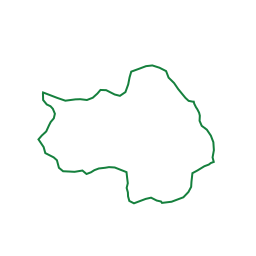 Songgan, Chagang-do, North Korea (Albers equal-area conic projection), rotated 207°
{"feature_id": "82179303B82902527088629", "entity_name": "Songgan", "entity_type": "district", "adm_level": 2, "iso_a3": "PRK", "parent_name": "North Korea", "parent_adm1": "Chagang-do", "projection": "albers", "projection_center": [126.669, 40.752], "detail": "fine", "context": "isolated", "style": "outline", "palette": "green", "viewbox_px": 256, "rotation_deg": 207, "n_neighbors": 0, "source": "geoboundaries", "source_scale": "gbopen_adm2", "svg_char_len": 1305}
<svg xmlns="http://www.w3.org/2000/svg" viewBox="0 0 256 256"><g transform="rotate(207 128 128)"><path d="M143.9,68.4L140.9,71.7L138.8,75.2L135.6,78.7L130.3,82.2L127.2,84.5L121.9,86.8L109.3,88.0L106.2,83.3L103.1,78.7L102.0,74.0L98.9,70.6L96.9,67.1L93.7,63.6L88.5,63.6L85.3,67.1L83.2,69.4L80.0,72.9L75.8,76.4L72.6,76.4L69.5,76.4L65.2,77.5L63.7,76.7L55.7,82.1L50.4,87.9L47.2,91.4L45.1,98.4L45.0,104.2L47.0,108.8L50.1,117.0L46.9,121.6L42.6,128.6L39.4,132.1L38.3,134.4L36.2,136.7L39.3,140.2L41.4,147.2L45.5,154.1L50.7,158.8L57.0,162.3L63.3,163.4L67.5,166.9L69.6,171.6L71.6,173.9L74.8,176.2L76.9,177.4L80.0,179.7L81.4,181.3L82.1,180.9L86.3,179.7L90.5,180.9L95.8,183.2L101.0,185.5L107.4,189.0L114.7,191.3L119.9,196.0L127.3,196.0L134.7,194.8L140.0,191.3L145.3,185.5L150.7,179.7L149.6,173.9L147.6,166.9L146.6,158.8L149.8,153.0L155.1,151.8L159.3,151.8L164.6,151.8L169.8,149.4L170.9,144.8L173.1,139.0L177.3,134.3L183.6,132.0L187.9,129.6L196.2,123.9L204.7,122.7L213.2,121.8L219.8,121.1L219.5,120.2L216.3,114.4L211.1,112.1L206.9,112.2L203.7,111.0L199.6,107.5L198.5,102.9L199.6,98.2L199.6,94.8L199.3,87.8L201.4,82.1L202.6,77.2L194.5,72.7L190.3,68.1L185.1,68.1L180.9,68.1L176.7,67.0L171.5,61.2L166.2,60.0L160.9,62.4L155.7,64.7L149.3,69.4L144.1,68.2L143.9,68.4Z" fill="none" stroke="#15803d" stroke-width="2"/></g></svg>